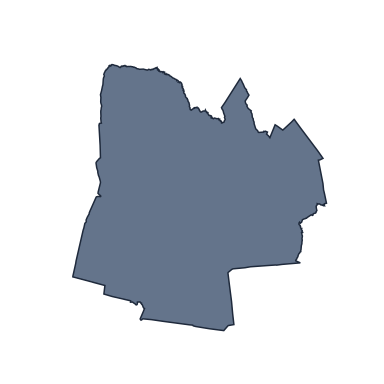 outline of Beidaud, Tulcea, Romania, rotated 347°
{"feature_id": "2599482B84970171586181", "entity_name": "Beidaud", "entity_type": "district", "adm_level": 2, "iso_a3": "ROU", "parent_name": "Romania", "parent_adm1": "Tulcea", "projection": "mercator", "projection_center": [28.531, 44.703], "detail": "fine", "context": "isolated", "style": "filled", "palette": "slate", "viewbox_px": 384, "rotation_deg": 347, "n_neighbors": 0, "source": "geoboundaries", "source_scale": "gbopen_adm2", "svg_char_len": 5952}
<svg xmlns="http://www.w3.org/2000/svg" viewBox="0 0 384 384"><g transform="rotate(347 192 192)"><path d="M263.5,282.8L281.6,285.4L277.6,282.4L277.6,282.1L278.5,281.1L279.0,280.8L279.4,280.0L279.9,279.6L280.7,278.7L281.0,277.9L282.2,276.2L283.2,275.6L283.5,275.0L284.6,274.6L284.8,273.4L285.2,272.8L286.5,268.8L287.4,267.2L287.9,265.4L288.6,263.7L288.7,262.1L289.6,260.0L289.7,259.4L289.5,258.8L289.6,257.8L289.6,256.3L290.4,256.3L290.3,255.8L290.6,255.8L290.3,255.2L290.6,254.7L290.7,254.2L290.3,253.6L290.1,252.7L290.6,252.2L290.0,252.0L289.8,251.3L289.8,250.8L290.0,250.4L289.7,249.4L289.9,249.3L289.9,249.1L289.6,248.5L289.0,247.8L289.1,246.8L289.6,245.9L290.0,245.6L290.2,246.4L290.6,246.8L292.2,245.9L292.3,245.4L292.9,244.8L293.1,244.1L293.9,243.7L294.6,243.6L295.2,243.4L296.1,243.5L296.9,243.2L297.7,243.3L298.4,242.8L302.9,241.1L303.5,241.2L303.8,241.8L304.3,241.9L304.7,241.7L305.0,240.9L305.4,240.4L307.7,240.3L308.3,239.4L308.5,239.4L308.6,238.9L309.5,238.2L309.5,235.6L309.8,233.7L311.1,232.6L311.4,231.5L312.4,232.2L313.2,232.1L314.2,232.9L314.7,233.6L315.6,233.8L316.0,234.3L316.8,234.0L316.9,234.6L317.2,235.0L317.6,234.8L318.0,235.1L318.0,234.6L318.4,233.2L320.5,233.2L320.7,224.1L320.7,220.4L320.6,220.1L321.5,213.2L322.3,189.4L323.7,189.5L327.2,188.7L323.8,180.3L312.3,154.4L308.3,145.1L308.1,144.2L307.9,144.1L304.9,146.1L294.4,152.1L289.9,147.0L288.1,145.2L280.1,156.6L279.2,154.6L277.7,152.4L279.0,150.6L277.3,149.3L276.8,149.5L275.7,149.0L275.3,149.7L270.4,149.0L270.0,148.6L269.8,147.2L269.0,145.8L268.3,144.8L267.9,139.4L268.2,137.8L267.9,136.1L268.1,134.3L267.6,133.0L268.0,129.4L267.4,127.2L268.0,126.3L265.5,123.2L264.8,120.7L265.3,119.8L264.5,118.4L264.2,117.5L264.3,115.3L267.1,112.7L269.3,110.4L268.4,107.8L268.3,106.7L267.8,105.9L268.1,104.7L266.8,102.2L266.2,98.5L265.8,97.1L265.3,94.6L264.5,92.3L244.2,112.3L239.7,116.4L240.0,118.1L240.5,119.3L240.6,120.2L240.6,122.2L241.1,125.7L240.4,126.6L240.7,128.6L240.6,128.9L239.6,129.8L239.2,130.7L239.0,131.0L236.8,131.5L236.3,131.4L236.4,130.6L236.6,130.3L236.5,130.0L236.1,129.7L236.3,129.6L236.1,129.0L235.4,128.7L235.3,128.1L234.5,127.8L234.5,127.6L234.9,127.3L234.5,127.2L234.6,126.7L234.3,126.3L232.9,126.3L230.6,125.0L229.2,125.4L228.9,124.8L228.2,124.0L227.9,124.0L227.9,124.4L227.4,124.1L227.8,123.6L227.6,123.3L228.1,123.1L228.0,122.3L226.5,121.3L226.0,121.4L225.7,121.1L225.1,119.2L225.4,118.2L224.9,117.8L224.5,118.1L224.2,118.0L224.0,117.4L224.1,117.0L223.8,116.5L223.5,115.2L223.1,115.9L222.8,116.0L221.1,115.6L219.2,116.2L218.3,115.9L217.9,115.1L217.9,114.4L217.5,113.8L217.6,113.5L217.1,111.6L216.2,111.3L216.0,111.1L215.9,110.5L215.2,110.8L213.9,110.4L213.7,110.5L213.0,110.4L212.9,110.6L213.0,111.0L211.9,111.0L211.4,111.4L210.4,111.6L210.0,112.1L209.0,111.6L208.7,110.5L209.0,109.9L209.0,109.3L208.7,108.6L208.7,107.8L209.0,107.4L209.1,106.8L209.1,104.0L208.6,103.1L208.6,101.1L208.2,100.3L208.4,99.8L207.8,99.1L207.1,97.8L207.3,96.5L207.1,95.1L206.8,94.8L206.8,94.4L206.3,93.9L206.4,92.8L206.8,92.4L206.4,91.7L206.2,91.0L206.9,90.8L206.5,90.2L206.6,89.1L205.9,88.3L206.0,87.9L206.5,87.5L206.1,86.9L206.4,86.6L206.2,86.3L206.1,85.8L206.5,84.8L206.3,84.4L206.2,83.5L205.7,82.7L205.2,82.7L205.1,82.2L204.6,82.4L204.7,82.0L203.5,81.8L203.9,81.4L203.4,80.3L203.0,79.9L202.3,80.0L202.5,79.5L202.1,79.3L201.6,78.5L200.9,78.2L199.9,77.1L198.8,76.4L197.8,74.9L196.4,73.7L196.4,73.3L195.8,72.9L195.7,72.5L195.1,72.3L194.8,71.8L194.2,72.0L193.8,71.8L193.4,71.8L193.4,71.2L192.9,71.5L192.0,70.9L192.3,70.6L192.2,70.2L191.6,69.7L191.6,69.4L192.0,69.6L192.3,69.3L192.3,69.0L191.2,68.6L190.9,68.2L190.7,68.3L190.7,68.7L190.4,68.9L190.3,68.4L189.3,67.8L188.2,67.8L187.8,67.5L187.8,67.0L187.1,66.9L187.4,65.9L187.2,65.8L187.0,65.3L186.4,65.7L186.2,65.5L186.7,65.2L186.3,64.9L186.1,64.5L186.3,64.1L185.3,63.6L185.7,63.4L186.0,62.8L184.8,62.8L184.4,63.1L182.8,63.2L182.3,63.6L181.8,63.5L181.7,63.7L181.3,63.5L180.7,63.6L180.5,63.8L179.9,63.4L179.6,63.7L179.1,63.8L178.2,63.1L177.2,62.7L176.3,63.2L175.9,63.2L172.2,61.3L168.3,60.6L167.9,60.2L166.0,59.4L165.2,58.3L164.7,58.1L163.9,57.4L163.1,57.3L162.6,56.7L161.6,56.4L160.7,55.9L159.0,55.6L158.0,55.3L156.7,55.2L156.0,54.8L156.0,54.3L155.4,54.2L155.1,53.6L153.8,54.0L153.5,53.6L152.7,53.8L152.1,53.5L151.8,54.0L151.2,53.7L150.1,54.6L149.8,54.5L147.9,52.6L146.2,51.6L145.1,51.3L144.4,50.6L142.7,49.8L141.9,50.1L141.7,50.7L141.0,51.0L140.7,50.9L140.7,50.4L140.5,50.1L139.6,50.3L139.2,51.4L138.9,51.6L138.3,51.8L138.0,52.3L136.7,53.3L136.0,53.3L135.6,54.1L134.8,54.4L134.3,55.2L133.7,55.8L132.9,57.0L132.5,57.6L132.7,58.5L132.6,59.5L131.7,60.5L131.0,61.9L129.4,67.2L128.9,68.3L128.7,68.5L126.6,73.1L124.7,76.6L124.5,79.4L123.4,83.3L123.2,84.7L123.4,86.8L123.3,88.1L122.6,89.4L121.9,91.4L121.4,92.4L121.0,94.1L120.3,97.9L119.7,99.5L119.2,103.1L119.2,104.5L117.3,104.4L117.0,104.7L116.8,105.5L116.4,105.8L113.0,125.7L110.5,138.1L109.4,138.4L106.1,140.8L105.3,141.6L105.0,142.2L104.6,147.0L104.9,150.4L104.6,152.0L104.6,155.0L104.9,156.2L105.1,161.0L104.9,162.4L100.6,170.8L100.1,172.2L101.3,174.1L102.1,175.0L102.1,175.7L101.9,175.9L99.4,175.2L97.9,175.2L97.5,175.4L88.3,187.6L87.2,189.2L86.8,190.3L84.4,192.9L82.5,195.5L82.4,196.8L82.0,197.5L80.6,198.4L80.4,198.8L78.6,202.6L77.3,204.8L63.5,233.2L62.7,235.3L57.1,247.0L56.8,247.9L86.1,263.5L83.2,271.6L90.6,275.8L107.7,284.2L107.3,285.5L109.4,285.9L110.2,287.0L111.1,287.8L112.0,289.3L112.5,289.5L112.8,289.5L113.5,288.9L114.0,287.0L116.6,287.4L117.0,288.6L117.8,288.9L117.6,289.7L117.7,290.1L118.2,290.7L118.6,293.6L119.0,294.5L119.5,294.8L117.7,297.5L113.0,303.9L113.0,304.5L113.5,305.4L114.4,305.2L115.1,304.6L115.8,304.6L123.7,307.2L135.0,311.6L159.5,320.8L162.8,321.9L163.1,322.7L165.4,323.9L178.1,329.1L191.8,334.2L196.9,330.5L197.4,330.3L203.0,330.6L204.2,320.0L205.9,307.5L207.7,289.5L208.8,279.0L209.1,278.5L213.5,276.3L214.8,276.1L226.6,277.7L232.1,278.0L249.4,280.7L256.9,281.9L258.1,282.3L263.5,282.8Z" fill="#64748b" stroke="#1e293b" stroke-width="1.5"/></g></svg>